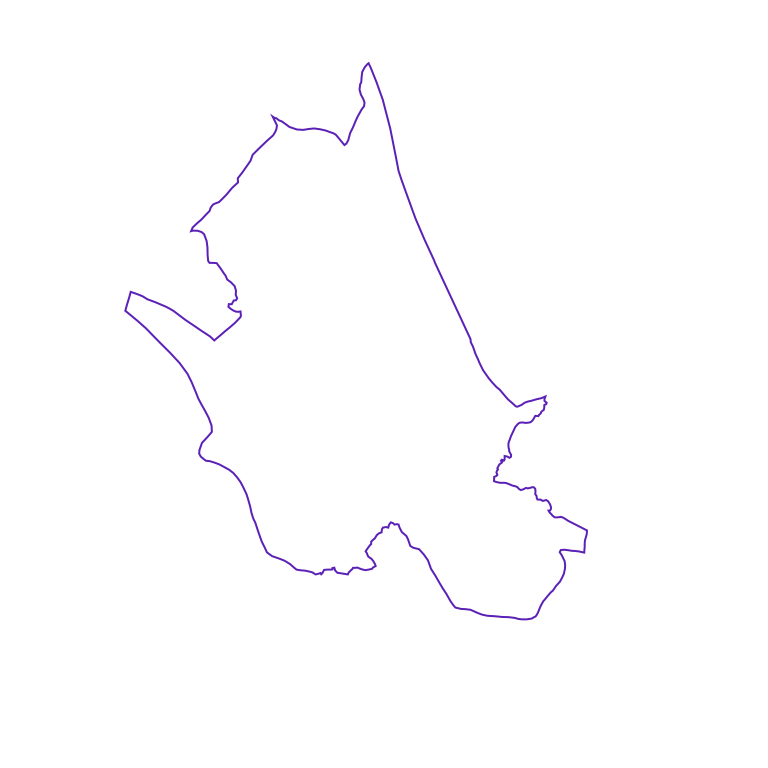 Ponhea Lueu, Kândal, Cambodia, rotated 139°
{"feature_id": "14789045B73499055416904", "entity_name": "Ponhea Lueu", "entity_type": "district", "adm_level": 2, "iso_a3": "KHM", "parent_name": "Cambodia", "parent_adm1": "Kândal", "projection": "robinson", "projection_center": [104.799, 11.777], "detail": "fine", "context": "isolated", "style": "outline", "palette": "violet", "viewbox_px": 768, "rotation_deg": 139, "n_neighbors": 0, "source": "geoboundaries", "source_scale": "gbopen_adm2", "svg_char_len": 5482}
<svg xmlns="http://www.w3.org/2000/svg" viewBox="0 0 768 768"><g transform="rotate(139 384 384)"><path d="M444.8,128.0L443.1,126.5L438.6,121.5L436.8,118.6L434.3,115.9L430.5,112.6L426.1,109.9L424.5,109.8L422.2,109.1L420.0,109.6L417.5,110.6L414.2,112.3L411.4,113.7L409.2,114.5L406.2,115.6L404.3,115.8L401.0,116.4L398.3,116.8L395.1,117.3L392.1,117.3L386.7,118.7L380.9,119.4L376.6,121.0L372.7,122.8L368.6,125.9L366.0,128.6L363.9,131.8L362.8,135.8L362.1,138.7L361.7,141.8L359.5,142.7L356.6,140.6L354.2,137.9L351.5,134.7L349.6,132.9L346.7,129.7L345.0,127.4L343.5,125.4L341.3,127.6L339.3,129.5L337.7,131.4L335.0,134.1L333.1,135.3L330.0,137.3L328.1,139.0L326.9,140.4L334.8,160.0L336.2,164.9L337.4,167.4L339.3,168.7L341.2,170.0L342.7,171.5L343.2,174.2L343.1,175.8L343.3,178.3L342.9,180.5L341.7,179.6L340.3,180.0L339.0,181.1L337.8,183.7L337.5,184.9L337.1,187.9L337.7,190.0L339.1,190.7L341.0,191.7L341.6,194.0L342.6,194.8L344.0,196.2L343.6,197.6L342.3,199.4L342.1,201.7L340.9,202.8L339.3,204.6L338.6,205.9L338.7,207.8L340.2,209.1L341.9,209.7L344.1,211.0L344.8,212.3L346.8,212.9L348.5,213.3L350.2,214.1L350.9,215.7L351.1,219.1L352.5,221.5L353.7,223.0L355.3,226.4L356.6,228.8L357.8,230.3L359.6,231.9L361.2,233.3L363.1,235.7L364.1,237.4L364.7,238.5L361.8,241.6L359.6,240.9L358.1,241.0L357.1,243.6L355.2,244.6L354.0,244.7L353.7,246.1L351.8,246.8L349.9,247.5L348.4,247.6L347.1,247.3L345.6,247.7L346.1,249.3L344.8,249.6L343.4,247.5L342.3,248.1L340.2,250.5L338.4,248.1L337.8,246.0L335.9,245.8L334.6,247.1L334.0,249.5L333.7,251.1L332.5,252.5L332.0,253.8L330.4,256.0L329.2,257.4L327.3,258.7L325.4,259.6L322.5,261.3L312.9,265.5L309.0,266.0L307.1,265.8L304.8,264.2L302.7,261.8L301.4,260.8L299.1,259.3L297.7,258.9L295.0,259.2L292.4,260.1L290.7,260.7L288.6,258.5L287.4,258.9L285.1,259.0L283.6,259.8L281.8,259.8L280.5,259.6L278.7,260.9L276.7,263.0L274.8,262.4L273.5,263.2L273.8,264.5L273.9,266.1L272.8,267.3L270.4,268.7L274.6,270.1L279.1,272.5L283.9,274.7L287.0,276.4L290.2,277.6L294.0,278.0L298.3,279.4L299.2,280.7L299.6,284.6L300.5,290.9L300.5,297.2L300.4,304.1L301.1,307.7L301.3,313.6L301.2,319.4L300.7,324.3L300.2,329.3L298.2,336.9L296.8,341.1L296.0,344.1L294.6,348.4L293.8,350.0L293.3,351.4L292.1,354.6L291.6,356.7L291.1,358.5L289.2,361.3L288.3,364.5L265.8,442.7L265.2,444.0L258.6,466.7L251.7,488.1L247.9,498.1L246.9,500.6L241.6,514.4L236.6,527.2L233.2,535.3L226.9,546.1L211.7,572.7L198.5,599.2L191.6,616.8L186.7,630.9L185.2,636.2L186.6,636.3L190.7,635.7L195.7,633.8L200.0,629.9L202.0,627.8L203.7,626.3L205.0,626.1L209.3,622.3L211.6,617.5L212.7,612.6L214.1,609.1L216.9,606.7L220.4,606.0L228.8,603.0L232.9,601.1L238.9,598.1L244.9,595.6L251.1,591.4L254.8,590.1L257.1,590.3L256.8,603.7L257.4,605.8L259.3,609.2L262.0,614.0L265.3,618.4L269.1,622.7L273.3,625.7L278.4,628.9L282.8,633.3L286.7,640.0L288.8,649.1L290.2,651.7L291.0,655.4L291.9,656.3L292.6,658.9L294.0,653.5L295.1,649.4L297.9,647.0L301.0,645.5L304.6,644.4L312.8,644.3L323.1,643.8L332.7,643.2L338.4,640.0L352.5,636.5L359.4,635.2L361.9,631.9L369.6,631.7L374.1,631.0L378.4,630.3L384.6,629.8L389.2,629.5L391.6,630.5L395.0,631.6L398.9,630.9L402.2,629.0L407.2,628.6L414.1,627.9L420.6,627.9L425.8,627.6L429.3,625.9L427.5,625.0L424.2,622.0L422.0,618.4L421.5,615.1L424.1,608.2L427.7,602.8L432.4,597.2L436.0,592.2L436.2,589.9L433.9,587.9L431.0,585.0L431.3,581.0L431.5,578.4L432.2,573.2L432.5,569.6L433.8,565.7L432.8,561.2L432.5,555.9L434.5,551.5L437.4,548.6L438.6,545.0L440.8,544.3L442.6,545.6L446.6,544.1L448.7,546.1L450.8,544.3L450.3,541.0L449.5,538.3L448.4,536.0L446.8,534.2L444.7,532.9L447.2,529.4L448.2,528.7L451.6,528.3L456.3,527.9L463.0,527.9L469.2,528.1L476.0,528.1L479.8,528.2L483.5,528.2L484.1,534.1L486.9,544.0L489.3,553.2L491.8,562.5L493.5,570.5L494.9,577.2L496.7,582.5L498.1,585.9L503.2,596.3L507.0,603.2L508.6,608.5L511.2,613.6L514.7,619.7L519.5,616.5L525.9,612.5L531.2,609.0L530.4,604.3L528.7,594.1L527.1,582.0L526.6,572.5L525.9,560.9L525.0,548.6L524.5,534.0L525.6,520.8L527.9,511.8L531.9,499.8L533.7,494.8L535.1,488.7L536.8,480.5L538.5,473.4L541.4,465.8L545.3,460.8L552.8,459.7L560.0,459.0L566.5,455.3L569.2,452.7L569.9,449.4L569.3,445.4L568.6,442.7L566.2,440.2L563.5,435.9L561.1,431.5L559.2,426.5L557.1,420.8L556.1,415.6L556.1,410.5L556.6,404.2L557.9,398.7L560.0,391.2L561.8,387.0L565.2,379.7L568.7,373.4L571.0,368.0L572.1,363.8L575.6,355.5L577.7,350.3L579.6,345.4L581.6,337.8L582.8,333.7L581.4,327.5L577.8,321.3L575.0,315.9L573.0,309.5L572.4,304.7L571.8,301.3L569.6,298.6L566.1,295.0L563.6,291.7L561.6,288.8L560.6,285.2L558.4,284.0L555.9,283.0L556.2,281.6L554.8,281.6L551.2,283.0L548.4,281.0L545.9,278.8L544.5,277.9L543.7,278.9L542.0,278.0L543.2,275.3L543.0,272.1L539.2,267.6L536.2,264.0L534.4,264.9L531.6,265.1L529.5,265.1L528.0,265.6L526.3,264.1L524.6,263.0L522.5,259.0L520.3,255.8L517.5,254.1L514.5,252.4L512.8,252.7L509.7,252.1L509.0,253.8L508.2,257.7L508.2,260.5L509.1,263.8L508.7,265.8L508.0,267.1L507.6,269.8L504.6,270.6L500.5,271.5L498.7,271.6L497.1,273.4L494.0,273.6L492.3,273.5L488.5,274.7L485.6,274.6L483.2,273.6L480.9,275.7L478.9,276.3L476.2,274.6L475.0,272.8L473.3,274.0L471.8,274.7L469.6,275.1L468.4,272.8L468.3,271.0L466.3,269.8L465.2,268.4L466.4,265.7L467.7,260.6L466.8,254.6L467.8,250.9L468.9,248.3L470.4,244.5L469.3,241.1L465.9,236.3L465.8,229.2L466.5,222.1L469.8,213.6L470.9,206.1L472.6,197.5L473.7,191.4L474.6,184.7L476.2,177.0L476.8,171.5L476.8,168.5L473.5,163.8L470.2,160.6L466.8,156.8L463.5,149.7L461.3,145.6L457.9,141.1L452.5,135.8L447.9,130.9L444.8,128.0Z" fill="none" stroke="#5b21b6" stroke-width="2"/></g></svg>